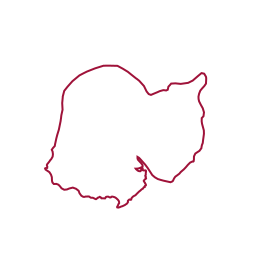 the district of Mtwara Urban, Mtwara, United Republic of Tanzania, rotated 155°
{"feature_id": "72390352B87015028421250", "entity_name": "Mtwara Urban", "entity_type": "district", "adm_level": 2, "iso_a3": "TZA", "parent_name": "United Republic of Tanzania", "parent_adm1": "Mtwara", "projection": "mercator", "projection_center": [40.161, -10.316], "detail": "fine", "context": "isolated", "style": "outline", "palette": "rose", "viewbox_px": 256, "rotation_deg": 155, "n_neighbors": 0, "source": "geoboundaries", "source_scale": "gbopen_adm2", "svg_char_len": 4984}
<svg xmlns="http://www.w3.org/2000/svg" viewBox="0 0 256 256"><g transform="rotate(155 128 128)"><path d="M196.4,83.9L195.4,83.8L194.7,83.5L194.0,83.1L193.4,83.0L193.1,82.9L192.9,82.7L192.7,82.6L192.4,82.4L192.1,82.2L192.0,81.8L191.8,81.6L191.7,81.4L191.5,81.1L191.2,80.6L190.7,80.3L190.3,80.1L190.0,80.0L189.6,79.8L189.3,79.6L189.0,79.2L188.5,78.6L188.0,78.0L187.6,77.4L187.2,77.1L186.9,77.0L186.5,77.1L186.2,77.2L185.9,77.3L185.6,77.3L185.2,77.4L184.7,77.6L184.4,77.5L184.1,77.4L183.8,77.4L183.4,77.5L183.1,77.6L182.7,77.6L182.5,77.3L182.2,76.9L182.0,76.6L181.8,76.1L181.9,75.8L181.8,75.5L181.6,75.4L181.1,75.2L180.5,74.9L180.3,74.8L179.9,74.6L179.4,74.3L179.0,74.1L178.7,74.0L178.5,73.9L178.3,74.0L178.2,74.2L178.0,74.3L177.7,74.4L177.4,74.7L177.1,74.8L176.8,74.8L176.6,74.7L176.3,74.7L176.0,74.6L175.8,74.5L175.6,74.4L175.3,74.3L175.1,74.2L174.9,74.1L174.7,73.9L174.5,73.6L174.3,73.3L173.9,72.8L173.4,72.5L173.0,72.4L172.6,72.4L172.2,72.7L171.5,72.6L170.8,72.2L170.6,72.0L170.0,71.5L169.2,70.8L168.9,70.2L168.7,70.0L168.3,69.3L168.0,68.5L167.5,67.3L167.2,65.9L167.3,64.9L167.5,64.3L167.8,63.6L168.2,63.4L168.8,63.1L169.2,62.6L169.8,62.2L170.2,61.8L170.6,61.5L170.9,61.3L171.3,61.0L171.3,60.6L170.9,60.4L170.7,60.1L170.2,59.9L169.5,59.8L168.8,59.7L168.1,59.7L167.3,59.7L166.2,59.5L165.2,59.5L164.4,59.5L163.4,59.5L162.4,59.7L161.5,59.8L160.7,60.0L160.2,60.3L159.8,60.6L159.3,60.9L159.2,61.4L158.9,62.0L158.5,62.2L158.1,62.3L157.8,62.4L157.3,62.6L156.6,62.5L156.2,62.1L155.8,61.7L155.3,61.8L155.2,62.1L154.9,62.4L154.4,62.9L153.8,63.2L153.3,63.4L152.6,63.7L151.8,63.8L151.0,63.9L150.3,63.9L149.8,63.9L149.1,64.1L148.3,64.5L147.6,64.7L146.9,65.0L146.2,65.2L145.5,65.5L144.8,65.7L144.1,65.9L143.4,66.0L142.9,66.2L142.3,66.4L141.7,66.6L141.0,66.7L140.2,66.7L139.8,66.9L139.5,67.2L139.0,67.5L138.4,67.5L137.8,67.5L137.8,67.9L137.3,68.3L136.7,68.4L136.2,68.4L135.9,68.6L135.8,68.9L135.8,69.0L135.7,69.3L135.7,69.5L135.8,70.0L135.9,70.8L135.8,71.2L135.9,71.7L136.0,72.3L136.1,72.7L136.1,73.0L136.1,73.4L135.9,73.5L135.6,73.7L135.2,74.0L134.7,74.2L134.1,74.3L133.5,74.4L133.2,74.5L132.9,74.7L132.8,75.3L133.0,75.5L132.9,75.8L132.6,76.1L132.5,76.3L132.3,76.7L132.4,77.0L132.6,77.3L132.5,77.5L132.2,77.8L131.6,78.2L131.3,78.8L131.0,79.6L130.4,80.4L129.9,81.3L129.8,81.8L130.0,82.2L130.5,82.4L130.9,82.5L131.6,82.8L132.1,83.2L132.4,83.5L132.4,83.8L132.3,84.0L132.2,84.3L131.9,84.8L131.8,85.3L131.8,85.6L132.1,85.8L132.7,85.9L133.1,85.8L133.2,85.5L133.3,85.1L133.5,84.8L133.8,84.5L134.1,84.3L134.2,84.0L134.4,83.9L134.7,83.7L135.0,83.6L135.5,83.8L135.9,84.0L136.3,84.3L136.8,84.8L137.3,85.5L137.7,86.5L138.1,87.3L138.2,87.9L136.6,87.2L134.9,86.8L133.0,86.7L131.5,86.7L131.0,87.0L130.6,87.9L130.6,88.7L130.8,89.8L131.1,91.0L131.6,92.5L132.0,93.8L132.4,95.2L132.2,96.5L131.6,97.8L130.6,96.3L130.1,94.8L129.4,92.5L128.6,89.8L127.9,87.5L127.6,86.0L127.1,83.7L126.4,78.7L125.9,75.1L124.5,72.0L122.5,69.1L121.7,68.4L120.5,67.3L118.0,65.2L114.5,62.5L112.4,60.9L111.7,60.9L110.8,60.8L109.6,61.1L107.6,62.8L105.7,63.9L103.5,64.3L101.2,64.8L100.7,64.9L100.1,65.2L99.5,65.5L99.2,65.6L98.9,65.7L98.7,65.9L97.8,66.1L95.7,66.7L95.2,66.8L92.6,67.8L91.9,68.1L89.3,69.3L86.3,70.4L85.2,70.4L83.7,70.4L83.2,70.0L82.6,70.1L81.5,71.7L81.5,71.8L81.3,72.2L80.7,73.4L80.2,74.4L77.8,76.4L76.4,76.6L75.9,76.7L72.9,77.1L70.0,78.7L69.6,79.4L68.3,81.2L66.6,82.8L65.0,85.4L63.5,87.7L61.6,90.7L60.7,92.8L60.3,93.7L59.8,96.5L59.5,98.3L59.1,100.6L58.4,102.9L57.0,105.8L54.6,106.8L52.5,110.1L51.9,114.3L52.2,118.4L52.3,122.1L51.8,124.4L50.9,126.6L49.1,129.0L46.7,131.3L44.2,132.5L41.1,133.8L38.7,135.2L38.5,135.4L38.5,135.5L37.6,137.1L36.3,139.6L35.9,140.6L35.7,141.3L35.7,141.5L35.7,141.9L36.0,145.0L37.2,145.9L37.2,146.0L38.2,146.7L42.7,145.5L44.1,145.1L49.4,143.6L50.7,143.6L54.4,143.5L61.6,145.7L66.1,148.4L70.1,150.0L72.1,149.1L73.9,148.4L75.8,145.9L77.6,145.9L78.8,146.7L80.0,147.4L83.7,148.0L85.7,148.0L90.3,148.2L93.2,148.3L94.7,149.8L94.9,150.0L95.7,153.3L95.8,159.3L97.9,166.1L99.2,168.7L99.7,169.5L101.6,173.3L102.2,174.5L102.6,175.3L104.4,179.0L107.7,184.0L110.6,187.9L111.0,188.4L111.3,188.8L118.2,192.2L122.1,194.0L123.1,194.4L123.9,194.8L132.1,195.9L133.1,196.0L141.4,196.5L145.2,196.4L149.8,196.2L158.6,193.9L165.3,191.0L170.1,188.6L173.9,184.0L174.0,183.7L177.1,178.4L179.6,172.2L180.3,171.3L183.1,167.6L184.5,165.3L185.5,163.8L186.2,162.7L191.3,155.8L195.0,151.7L197.4,148.8L199.9,145.5L200.1,145.2L200.4,144.9L202.0,142.6L204.4,141.6L206.3,140.5L206.3,138.5L207.1,136.0L208.4,133.9L210.8,132.2L212.3,131.6L213.0,131.1L214.1,130.5L214.6,130.3L215.3,129.9L216.6,129.3L217.2,128.7L217.4,128.1L217.4,127.2L218.1,126.0L219.0,126.4L220.2,126.4L220.3,125.2L219.4,123.7L217.9,121.2L217.5,118.3L217.8,115.7L217.9,115.4L219.2,112.3L219.5,110.5L219.1,109.2L218.9,108.6L216.5,107.6L215.0,106.0L214.3,104.0L213.7,101.4L211.9,99.0L209.3,98.1L206.8,98.0L203.2,97.3L202.5,96.6L200.8,94.9L199.3,92.0L199.3,91.7L199.5,89.3L198.9,86.3L197.7,84.6L197.1,84.2L196.4,83.9Z" fill="none" stroke="#9f1239" stroke-width="2"/></g></svg>